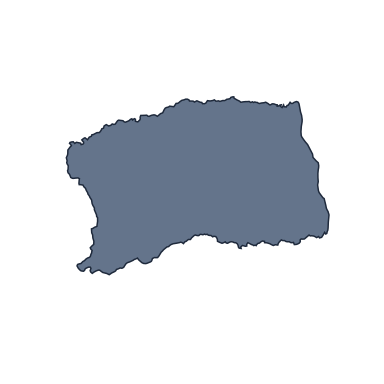 outline of Estreito, Maranhão, Brazil, rotated 151°
{"feature_id": "56859067B74339970146751", "entity_name": "Estreito", "entity_type": "district", "adm_level": 2, "iso_a3": "BRA", "parent_name": "Brazil", "parent_adm1": "Maranhão", "projection": "albers", "projection_center": [-47.169, -6.764], "detail": "fine", "context": "isolated", "style": "filled", "palette": "slate", "viewbox_px": 384, "rotation_deg": 151, "n_neighbors": 0, "source": "geoboundaries", "source_scale": "gbopen_adm2", "svg_char_len": 5299}
<svg xmlns="http://www.w3.org/2000/svg" viewBox="0 0 384 384"><g transform="rotate(151 192 192)"><path d="M79.6,122.2L80.3,123.6L80.5,125.0L81.1,129.8L80.8,131.8L78.7,137.3L76.6,139.8L74.9,143.5L72.9,147.2L70.7,150.4L69.6,151.7L68.4,153.6L67.4,156.4L68.3,158.9L69.4,163.5L68.2,166.8L67.9,177.5L68.6,180.9L69.0,183.9L69.3,187.1L69.1,188.4L67.5,191.9L64.5,196.5L61.7,200.0L60.5,202.0L59.0,205.9L58.3,209.3L55.9,216.5L55.6,217.7L55.7,219.3L56.8,220.5L59.3,220.9L61.0,220.7L62.3,221.4L62.7,222.9L64.0,222.2L65.7,221.3L66.9,221.6L68.3,220.7L70.1,221.9L69.7,223.7L72.3,222.2L73.1,224.0L71.7,225.0L72.8,225.4L74.8,225.3L75.9,225.8L75.2,226.9L76.3,227.7L77.3,229.0L78.6,230.0L79.7,230.3L80.9,230.1L81.9,230.7L82.6,232.5L84.0,234.8L85.8,235.2L88.2,236.2L90.1,236.7L90.9,237.5L91.5,238.7L92.5,239.3L93.4,240.3L94.7,240.4L95.4,241.6L97.2,241.8L98.1,243.5L99.3,244.0L101.8,245.3L103.7,246.1L105.8,246.8L106.4,248.5L107.8,250.4L108.9,252.2L109.7,253.6L109.3,255.0L110.6,255.6L112.2,255.9L113.5,255.2L114.9,255.6L116.9,256.3L118.1,256.0L119.3,256.2L120.8,257.1L123.7,257.7L124.5,258.8L127.0,259.8L127.8,261.8L129.4,261.9L132.0,262.8L134.2,264.4L136.7,263.1L138.1,263.1L140.0,264.2L140.0,265.6L141.4,266.6L143.5,269.4L146.3,269.5L146.9,270.9L150.1,272.8L150.0,274.1L151.0,275.4L152.6,276.3L154.4,276.5L156.4,277.1L158.6,276.9L160.3,276.5L161.5,276.5L163.0,277.2L165.1,276.1L166.6,275.4L169.9,277.9L171.3,277.7L173.5,278.3L174.8,278.3L176.4,277.5L179.2,275.5L180.3,275.6L181.5,275.8L185.6,275.0L186.7,276.9L187.8,277.9L189.8,278.6L191.5,278.9L192.8,278.9L193.8,279.7L194.3,281.1L196.6,282.2L199.7,283.8L201.1,282.6L201.6,281.4L202.5,280.4L205.4,279.6L207.2,281.2L206.2,283.1L206.9,284.1L209.1,283.8L209.1,285.2L210.6,285.4L212.4,284.9L213.9,285.0L216.6,285.4L217.4,286.4L217.8,287.8L219.7,289.2L221.3,290.4L222.5,290.4L224.3,289.6L226.2,288.6L227.6,289.0L228.8,290.2L230.9,289.7L232.9,290.2L234.3,292.5L236.8,292.4L238.5,290.7L240.3,291.0L241.4,290.1L242.6,289.5L244.2,288.9L246.4,290.0L250.5,290.1L251.8,290.6L253.1,289.5L255.2,289.8L258.1,288.4L259.3,291.3L260.7,291.4L263.1,291.0L263.0,289.7L262.6,288.3L263.1,287.2L264.3,286.7L266.0,287.2L265.7,288.7L269.0,291.5L271.0,291.3L271.5,293.5L273.2,294.2L274.7,294.5L275.6,293.8L275.1,292.7L275.0,291.0L276.9,290.4L278.6,289.6L280.2,288.9L281.9,286.0L282.9,284.7L285.3,282.9L286.1,279.8L287.3,278.5L287.6,277.2L287.5,275.0L289.4,271.9L290.5,271.0L291.1,268.9L290.6,267.1L290.7,265.4L291.0,263.5L290.0,262.0L289.1,261.4L287.3,260.7L284.9,259.6L284.0,258.2L284.9,257.1L286.7,254.4L287.1,253.1L285.7,252.3L284.0,250.9L284.0,248.8L283.4,247.0L283.5,245.8L283.7,244.6L283.6,242.0L284.0,240.6L283.7,238.3L283.9,236.8L283.7,233.7L285.0,230.2L285.2,228.2L285.1,225.4L286.0,223.8L286.6,218.3L287.3,216.7L287.0,215.4L288.8,212.1L290.4,210.0L291.9,208.0L294.4,208.4L296.0,208.2L297.8,208.5L299.5,204.9L299.7,202.7L301.0,199.8L301.7,196.5L303.4,193.8L305.1,193.5L308.0,192.6L308.2,191.3L307.7,189.3L308.7,188.3L309.5,187.2L310.4,186.7L312.2,184.9L313.4,184.6L315.4,184.9L317.6,184.7L319.2,184.1L321.2,184.1L323.7,183.3L325.9,183.9L327.2,184.1L328.4,183.1L328.4,180.2L327.6,177.3L326.8,176.4L325.3,175.3L324.0,175.5L323.0,176.4L321.9,176.7L319.0,176.5L317.4,175.6L317.4,174.2L319.2,172.6L319.4,171.2L318.7,169.2L316.1,169.5L313.6,169.4L311.6,169.0L310.6,168.3L309.9,166.6L309.1,164.9L306.0,162.0L304.5,159.8L303.2,159.9L301.7,160.1L298.0,159.9L296.9,160.1L295.6,160.9L293.6,160.5L291.7,160.4L290.3,159.3L289.2,159.2L288.1,159.3L286.8,160.1L284.4,161.3L282.7,161.5L280.6,161.1L279.3,161.0L276.7,160.8L275.1,161.0L273.8,160.7L271.7,160.6L271.6,158.8L271.0,157.0L270.1,154.5L269.0,153.0L267.2,151.8L266.1,151.5L262.3,151.0L261.1,151.1L260.0,151.9L258.9,153.0L256.7,152.9L255.8,152.3L253.9,151.3L252.1,152.0L248.1,154.3L246.5,154.7L244.9,155.3L240.6,156.1L238.9,155.6L237.5,156.0L235.9,156.2L233.6,155.9L230.0,154.6L227.5,153.8L226.2,153.6L225.2,152.6L224.5,151.0L222.4,151.9L220.9,151.7L219.6,152.0L218.1,152.2L216.4,151.2L214.6,152.1L211.2,152.9L210.0,152.8L208.6,151.4L207.2,150.6L205.4,151.0L204.0,150.1L203.2,149.3L201.4,149.1L200.7,148.1L199.2,147.7L198.7,146.4L197.8,145.6L196.4,144.7L195.6,142.7L194.4,142.7L192.8,141.5L192.6,139.3L192.9,138.0L193.6,136.5L192.6,135.1L191.5,133.7L190.6,132.6L188.8,132.3L187.1,132.3L186.8,130.8L185.7,129.9L183.5,129.9L181.9,129.6L180.5,128.5L179.6,127.2L178.3,126.4L177.5,124.8L177.6,122.7L178.1,121.5L178.0,120.1L176.4,118.8L176.1,120.2L173.8,120.8L171.7,118.7L170.3,118.2L169.5,119.7L167.7,120.6L166.1,118.3L165.5,117.2L164.7,116.6L164.0,115.2L162.5,114.9L161.9,114.0L161.0,114.6L159.3,115.1L157.8,114.6L155.9,115.0L154.2,115.0L152.5,113.7L153.1,112.5L151.1,111.2L149.8,109.9L148.8,108.8L148.2,107.7L146.8,105.8L144.7,105.5L142.7,104.0L141.5,105.2L140.1,105.9L137.1,106.8L136.2,105.5L134.7,104.7L133.7,103.0L132.3,102.0L130.9,101.3L130.4,100.1L129.2,99.2L127.7,98.7L128.0,96.4L126.2,95.6L124.7,95.3L122.9,95.3L121.4,96.0L120.7,97.6L119.3,98.0L118.0,97.1L116.4,96.4L114.0,96.9L110.5,97.6L109.9,96.3L108.7,95.8L107.0,94.6L106.0,93.3L105.1,91.7L102.9,91.7L102.7,90.0L100.6,89.5L97.8,91.0L95.6,92.4L95.4,90.4L94.2,90.4L93.0,91.8L91.7,92.8L90.4,94.6L87.3,99.7L83.3,105.5L83.0,106.6L82.8,107.8L82.5,108.8L82.5,110.8L82.4,112.4L82.0,113.8L81.5,115.3L81.1,116.7L80.1,120.4L79.6,122.2Z" fill="#64748b" stroke="#1e293b" stroke-width="1.5"/></g></svg>